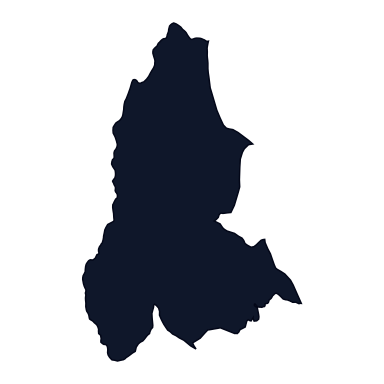 outline of Camocuautla, Puebla, Mexico
{"feature_id": "50627088B78177110012738", "entity_name": "Camocuautla", "entity_type": "district", "adm_level": 2, "iso_a3": "MEX", "parent_name": "Mexico", "parent_adm1": "Puebla", "projection": "equal_earth", "projection_center": [-97.753, 20.035], "detail": "fine", "context": "isolated", "style": "filled", "palette": "ink", "viewbox_px": 384, "rotation_deg": 0, "n_neighbors": 0, "source": "geoboundaries", "source_scale": "gbopen_adm2", "svg_char_len": 5295}
<svg xmlns="http://www.w3.org/2000/svg" viewBox="0 0 384 384"><path d="M111.6,164.0L112.1,165.2L112.8,166.7L114.0,168.5L115.2,170.4L115.5,173.2L115.5,175.3L115.0,177.7L113.5,179.7L112.6,181.1L113.0,182.2L113.6,183.2L114.1,184.7L115.0,186.2L115.5,187.7L115.2,190.7L115.7,192.0L116.5,192.9L117.4,194.7L117.4,196.6L117.1,198.0L115.7,199.1L114.3,201.7L113.5,203.5L112.8,204.8L112.7,207.3L113.1,210.6L113.6,213.6L113.8,217.1L114.1,220.4L113.4,221.5L111.3,222.6L107.7,224.5L105.9,227.6L104.8,230.0L104.3,232.8L103.6,236.1L103.5,237.7L103.1,239.9L102.5,242.0L102.1,243.1L101.2,244.0L100.6,245.4L99.7,246.3L99.2,247.4L98.6,249.0L98.5,250.0L98.6,251.6L99.0,253.0L98.6,254.0L97.0,254.6L96.5,255.6L96.0,256.6L95.4,258.0L93.4,259.7L92.7,260.0L91.4,259.9L90.4,259.8L89.6,260.1L88.5,260.9L87.1,262.8L86.2,264.3L85.6,266.6L85.3,269.3L85.2,271.7L84.2,273.8L83.2,275.6L82.8,277.4L82.7,279.4L83.5,283.8L84.3,286.3L85.0,287.9L85.5,288.9L85.9,289.7L85.9,290.9L85.8,291.7L85.4,292.9L85.5,293.8L85.9,295.0L85.7,296.0L85.6,297.0L85.5,297.9L85.6,300.3L85.9,303.1L85.8,306.7L86.4,310.1L86.8,311.3L88.1,313.3L88.8,315.0L89.3,317.9L89.6,319.0L90.7,319.8L92.1,320.6L93.3,321.5L94.2,322.6L95.9,324.0L97.1,325.3L97.9,327.0L98.6,329.1L98.5,331.1L98.7,333.6L100.7,335.3L100.8,336.5L101.2,338.6L100.9,340.5L100.9,342.2L102.6,343.7L103.8,344.4L105.7,344.5L106.9,345.6L107.5,347.2L107.8,349.4L107.6,352.7L108.1,354.9L109.5,357.2L110.7,358.6L112.0,359.9L114.5,360.2L117.5,361.0L120.4,360.3L123.4,359.7L125.1,358.7L126.1,357.6L128.0,356.4L130.3,354.7L132.5,353.0L135.2,351.4L135.6,349.9L136.2,347.2L138.4,343.8L140.3,342.2L142.8,340.9L144.5,339.0L146.7,336.1L147.8,334.9L149.5,333.6L149.9,331.9L151.0,329.3L152.6,327.5L152.8,325.4L152.5,322.0L152.1,317.7L151.9,313.4L152.5,311.0L153.5,307.4L153.7,305.1L154.6,304.2L156.3,305.4L158.6,308.0L159.6,311.4L159.5,315.2L161.3,319.4L162.6,322.0L163.9,324.4L165.8,327.3L167.7,330.1L170.2,331.7L172.6,334.0L176.1,335.7L179.3,337.9L183.8,340.2L190.7,345.9L196.0,349.0L193.8,345.6L192.6,342.9L200.2,338.2L205.4,332.4L206.3,331.5L207.7,330.0L210.9,329.5L213.6,329.0L217.8,328.3L220.3,327.8L234.7,333.5L236.4,333.4L237.1,333.6L237.7,333.1L238.9,331.9L239.2,331.1L240.3,329.3L241.2,329.1L245.2,327.0L246.8,320.9L248.3,319.7L249.7,320.6L251.1,320.9L253.1,317.7L253.1,318.3L254.1,321.1L256.7,320.8L258.6,319.2L258.9,316.8L258.6,314.5L257.3,307.8L255.4,306.4L254.6,305.9L254.4,305.3L254.4,304.3L254.9,303.9L255.3,304.2L255.9,304.9L256.5,305.9L256.7,306.2L257.7,306.4L258.5,307.0L259.3,307.1L259.8,307.1L260.7,307.1L261.4,307.3L262.4,307.1L263.3,306.5L264.0,306.7L264.6,306.3L265.0,305.7L265.0,304.7L265.2,303.8L266.0,303.6L267.5,303.3L268.3,302.6L268.7,301.5L269.1,300.0L269.8,299.5L270.1,299.2L271.0,298.5L271.7,297.5L272.5,295.9L273.8,294.7L274.3,294.1L275.4,293.3L276.3,293.3L276.7,293.3L278.6,294.5L279.6,295.5L280.5,296.2L281.1,296.9L282.1,297.9L283.2,299.0L285.5,299.7L287.4,299.9L288.6,300.4L289.6,300.7L290.0,300.9L290.4,301.2L291.5,301.6L292.4,302.2L294.0,302.3L294.8,302.2L295.6,302.2L296.5,302.5L297.4,303.0L298.3,303.3L299.0,303.7L299.5,303.5L300.1,303.3L301.3,303.4L297.1,294.0L295.3,289.9L293.2,285.1L290.5,280.2L284.8,274.0L280.8,271.4L277.1,269.3L275.6,268.0L274.2,264.8L272.0,258.5L270.4,253.8L267.8,248.9L265.1,242.6L264.7,239.4L263.0,239.6L261.2,240.2L258.6,242.6L256.4,244.8L253.9,246.7L251.0,247.2L247.5,245.3L245.0,243.5L243.7,240.4L242.0,238.1L238.6,236.3L234.5,233.4L227.0,231.0L224.3,229.3L222.6,227.7L220.1,223.9L214.2,221.0L216.0,219.7L217.6,218.1L218.3,217.3L218.7,216.0L219.1,214.7L220.1,213.6L221.1,213.1L222.9,213.4L227.6,212.8L230.9,212.5L234.3,205.4L238.1,192.7L239.7,186.9L239.4,179.8L239.8,167.1L240.3,159.1L242.4,152.3L244.3,148.8L248.5,144.7L252.7,144.0L248.7,140.5L238.3,132.7L232.9,129.6L229.3,129.0L226.4,128.2L223.4,125.1L220.0,117.8L216.8,110.2L211.3,91.5L210.2,87.9L208.9,77.3L208.2,72.5L207.9,68.7L207.9,63.1L207.7,60.5L207.4,58.0L207.2,55.5L207.3,51.9L207.1,48.1L207.4,46.2L207.9,43.5L208.4,41.2L207.6,41.4L205.9,41.0L204.6,40.0L203.1,39.4L201.6,38.7L200.1,38.3L198.8,38.2L196.8,38.1L195.1,38.3L193.5,38.9L192.0,39.4L190.7,39.2L190.0,38.5L189.1,37.4L187.5,35.1L186.2,32.8L185.3,31.7L184.0,30.5L182.6,29.4L180.8,27.1L178.5,25.4L176.1,23.9L173.7,23.0L172.1,23.7L170.8,24.7L169.6,26.0L169.2,27.5L168.7,29.4L168.5,31.5L167.9,33.1L167.5,34.2L167.3,34.6L167.0,36.3L166.5,37.7L165.6,38.4L164.4,38.7L163.7,38.7L162.8,39.1L162.0,39.7L161.3,40.3L160.4,41.2L159.4,42.4L158.5,43.1L157.8,44.3L157.3,45.5L156.7,46.4L155.9,47.0L154.5,48.3L153.2,49.9L152.9,51.6L152.9,53.3L153.4,55.1L154.0,57.2L154.6,59.0L155.0,61.0L154.8,62.9L154.7,65.1L153.6,67.8L151.8,70.7L150.2,73.5L148.7,76.4L146.6,79.2L143.7,82.0L142.2,82.4L141.5,82.7L140.5,83.3L138.6,83.1L137.8,82.4L137.4,81.8L137.0,81.1L136.5,80.5L135.8,80.0L134.9,79.6L134.0,79.6L133.1,79.9L132.5,80.9L131.8,82.5L130.2,88.2L128.1,94.1L127.0,96.9L126.2,98.9L124.9,101.3L124.2,104.4L123.9,106.6L123.7,109.7L123.2,112.8L122.8,115.2L122.2,117.0L121.3,118.5L119.9,120.2L119.1,120.9L118.1,121.5L117.0,122.2L115.8,123.1L114.7,124.8L114.0,125.9L113.2,127.3L113.0,130.3L113.2,133.1L115.1,136.8L116.5,141.0L116.9,142.7L117.3,144.1L117.2,145.9L116.8,147.3L116.0,149.0L115.1,150.2L114.5,151.0L114.0,153.0L114.1,154.9L114.2,157.4L113.6,158.9L112.6,159.5L111.9,161.7L111.6,164.0Z" fill="#0f172a" stroke="#020617" stroke-width="1.5"/></svg>